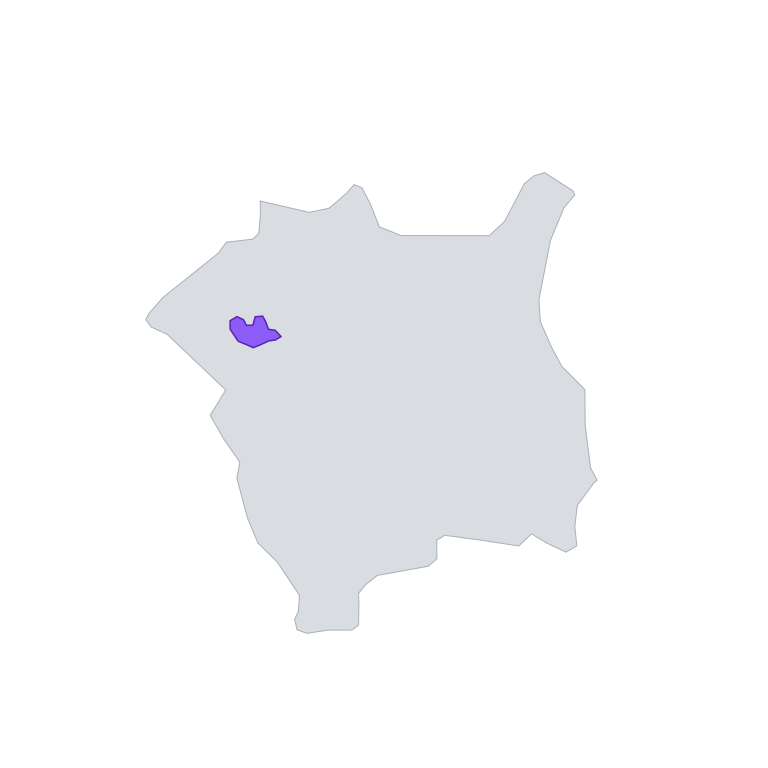 where Novo Brdo sits in Kosovo, rotated 205°
{"feature_id": "KOS-5906", "entity_name": "Novo Brdo", "entity_type": "District", "adm_level": 1, "iso_a3": "XKX", "parent_name": "Kosovo", "parent_adm1": "", "projection": "equal_earth", "projection_center": [21.392, 42.572], "detail": "fine", "context": "in_parent", "style": "filled", "palette": "violet", "viewbox_px": 768, "rotation_deg": 205, "n_neighbors": 0, "source": "natural_earth", "source_scale": "10m", "svg_char_len": 1337}
<svg xmlns="http://www.w3.org/2000/svg" viewBox="0 0 768 768"><g transform="rotate(205 384 384)"><path d="M229.9,283.5L265.1,272.5L270.2,264.7L262.2,248.0L267.0,237.5L309.1,207.7L316.0,194.2L318.6,183.6L313.0,172.4L305.2,154.8L309.1,147.4L330.9,137.2L348.6,125.4L359.0,124.5L365.5,133.0L365.5,141.8L371.2,156.6L384.2,164.6L405.9,177.7L431.0,186.6L450.7,204.5L477.5,236.4L481.6,252.2L505.8,266.3L528.3,282.2L524.9,311.7L601.6,337.4L618.9,337.2L627.1,341.7L626.9,348.5L620.9,369.1L589.4,432.7L586.8,445.9L564.3,459.7L561.1,467.7L567.6,485.3L573.5,497.6L573.0,497.6L524.5,507.9L508.2,519.9L498.5,541.1L495.4,552.1L486.8,552.4L472.6,541.5L454.6,524.4L431.2,525.8L351.3,562.9L343.4,582.5L341.5,624.8L336.0,636.2L327.5,643.5L294.4,638.9L291.0,636.1L295.4,619.9L293.8,584.4L279.2,525.7L268.6,506.5L246.9,487.5L230.0,475.0L199.6,463.8L184.3,431.7L161.3,395.2L150.2,386.9L152.0,383.3L157.5,355.8L151.0,335.8L140.9,318.8L148.0,308.5L169.3,308.6L187.0,310.5L193.4,294.2L229.9,283.5Z" fill="#d9dde1" stroke="#a8b0b8" stroke-width="1"/><path d="M538.6,382.9L533.5,379.1L527.7,381.9L529.2,390.5L522.7,394.2L517.6,390.5L511.8,384.8L505.3,386.7L497.4,383.5L501.0,378.0L506.7,374.3L512.5,367.4L517.9,361.6L523.7,361.6L534.2,361.1L542.2,365.9L546.6,368.7L550.2,376.3L545.8,382.9L538.6,382.9Z" fill="#8b5cf6" stroke="#5b21b6" stroke-width="1.5"/></g></svg>